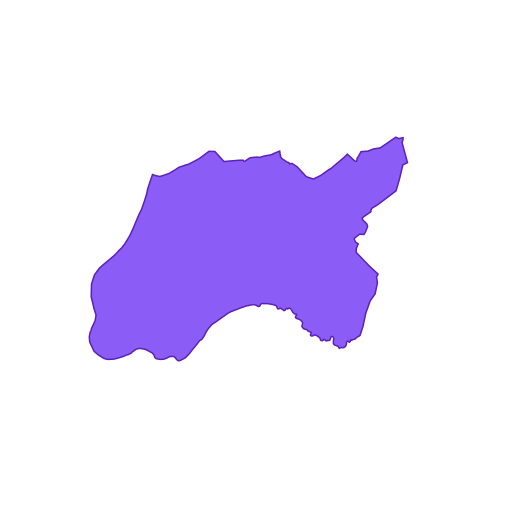 outline of Bani Sa'd, Al Mahwit, Yemen, rotated 57°
{"feature_id": "15242507B10684657615911", "entity_name": "Bani Sa'd", "entity_type": "district", "adm_level": 2, "iso_a3": "YEM", "parent_name": "Yemen", "parent_adm1": "Al Mahwit", "projection": "mercator", "projection_center": [43.545, 15.235], "detail": "fine", "context": "isolated", "style": "filled", "palette": "violet", "viewbox_px": 512, "rotation_deg": 57, "n_neighbors": 0, "source": "geoboundaries", "source_scale": "gbopen_adm2", "svg_char_len": 6086}
<svg xmlns="http://www.w3.org/2000/svg" viewBox="0 0 512 512"><g transform="rotate(57 256 256)"><path d="M253.2,442.1L255.0,441.2L256.0,440.8L256.8,440.4L257.8,440.0L258.7,439.5L259.3,439.1L259.5,439.0L260.2,438.4L261.0,437.7L261.7,436.9L262.4,436.1L262.8,435.2L263.4,434.3L263.8,433.5L264.4,432.6L264.8,431.8L265.2,431.0L265.5,430.1L265.9,429.1L266.2,428.2L266.5,427.4L266.7,426.3L267.0,425.3L267.3,424.3L267.5,423.7L267.6,423.3L267.9,422.3L268.1,421.4L268.2,420.4L268.4,419.4L268.5,418.4L268.9,417.6L269.2,416.7L269.2,415.7L269.4,414.6L269.4,413.7L269.2,412.7L269.1,411.5L269.1,410.6L269.0,409.7L269.0,408.7L268.9,407.8L269.0,406.8L269.4,405.8L269.8,404.7L270.2,403.9L270.8,402.9L271.2,402.6L271.7,402.2L272.3,401.4L273.0,400.7L273.7,399.9L274.5,399.4L275.2,398.9L275.6,398.7L276.0,398.4L276.9,398.0L277.7,397.5L278.5,397.1L279.3,396.7L280.1,396.2L281.0,395.8L281.5,395.7L282.5,395.6L282.9,395.5L283.4,395.5L283.9,395.6L284.8,395.8L285.7,396.1L286.6,396.0L287.5,395.8L288.3,395.1L289.2,394.1L289.9,393.4L290.7,392.4L291.2,391.6L291.5,390.9L291.8,390.5L292.3,389.5L292.6,388.5L292.8,387.7L293.0,386.8L293.1,385.8L293.2,384.8L293.3,383.8L293.7,382.6L294.1,381.7L294.7,380.8L295.3,380.0L295.8,379.6L296.1,379.4L296.5,379.3L297.0,379.2L297.9,379.1L298.9,379.0L299.8,378.9L300.8,378.6L301.6,378.1L302.0,377.5L302.1,377.1L302.4,376.2L302.5,375.3L302.5,374.3L302.7,373.3L302.7,372.3L302.8,371.2L302.8,370.3L302.6,369.5L301.7,365.5L299.7,359.6L298.8,356.7L297.8,353.6L296.3,349.4L296.3,348.2L296.3,346.9L296.1,346.0L295.7,345.1L295.2,343.9L294.9,343.3L294.8,343.0L294.2,341.9L293.6,341.1L293.5,340.8L293.2,340.3L292.7,339.4L292.2,338.5L292.1,338.1L291.8,337.5L291.3,336.5L291.0,335.5L290.6,334.6L290.4,333.5L290.1,332.6L289.8,331.6L289.6,330.7L289.5,329.7L289.4,328.7L289.4,327.6L289.4,327.4L289.4,326.5L289.4,325.6L289.4,324.6L289.3,323.6L289.2,322.7L289.2,321.8L289.2,320.8L289.1,319.9L289.1,318.8L289.0,317.9L289.0,316.9L289.0,315.7L289.0,314.8L288.8,313.7L288.8,312.8L288.8,311.9L288.7,310.8L288.8,309.6L289.0,308.4L289.0,307.5L289.2,306.5L289.4,305.6L289.6,304.6L289.8,303.6L290.0,302.6L290.3,301.6L290.5,300.5L290.7,299.4L290.9,298.3L291.1,297.4L291.3,296.5L291.3,296.3L291.7,295.1L292.0,293.9L292.2,293.0L292.4,292.0L292.8,290.9L293.3,289.7L293.7,288.7L294.0,287.7L294.4,286.7L294.8,285.9L294.9,285.7L295.5,284.7L295.9,283.9L296.6,283.2L297.2,282.9L297.5,282.7L298.4,282.3L299.2,281.8L299.9,281.2L300.1,280.2L299.6,279.4L299.1,278.6L299.0,277.7L299.2,276.7L299.8,275.9L300.4,275.1L300.9,274.3L301.6,273.2L302.1,272.4L302.8,271.7L303.4,271.0L304.1,270.2L304.8,269.5L305.5,268.7L306.3,268.0L307.1,267.3L307.8,266.7L308.6,266.2L309.5,266.0L310.3,266.3L311.2,266.6L312.2,266.5L312.7,265.7L312.9,264.8L313.2,263.9L314.2,263.4L315.2,263.0L316.1,262.6L317.0,262.4L317.3,261.5L317.1,260.5L316.7,259.7L316.7,258.6L317.7,258.2L317.7,257.2L317.8,256.9L318.0,256.3L318.8,255.9L319.8,255.6L320.7,255.6L321.7,255.7L322.2,255.8L322.7,255.8L323.7,255.7L324.6,255.5L325.4,255.3L326.1,254.6L326.7,253.9L327.6,254.0L327.9,255.0L328.3,255.9L329.1,256.3L329.3,256.3L330.2,256.2L331.3,255.4L332.0,254.7L332.8,254.2L333.6,253.7L334.2,253.5L334.5,253.4L335.5,253.3L335.8,253.3L336.4,253.2L337.4,253.3L338.2,253.9L338.8,254.6L339.4,255.3L340.1,255.9L341.1,255.9L342.1,255.8L343.0,255.6L344.0,254.9L344.7,254.2L345.4,253.5L346.3,253.3L347.2,253.3L348.2,252.7L349.0,252.1L349.8,251.5L350.7,251.6L351.1,252.4L351.6,253.2L352.5,253.5L353.3,253.0L353.9,252.0L354.0,250.9L354.2,250.0L354.7,249.1L355.5,248.6L356.4,248.2L357.3,247.9L359.0,247.2L359.3,247.2L359.9,247.1L360.9,247.4L361.8,247.7L362.7,247.2L363.2,246.3L363.2,245.4L362.7,244.7L363.3,244.0L364.3,243.8L365.2,243.5L365.8,242.8L365.8,241.9L366.6,240.9L366.8,240.0L366.3,239.2L365.7,238.4L365.1,237.6L364.6,236.8L365.0,235.9L365.8,235.5L366.7,235.4L367.6,235.9L368.4,236.5L369.2,237.1L369.8,237.7L370.6,238.2L371.3,238.7L371.8,238.8L372.3,238.8L373.3,238.6L374.1,238.1L374.8,237.5L375.3,237.2L375.6,237.1L376.1,236.4L377.1,236.3L377.9,236.6L378.9,236.2L378.9,235.2L379.2,234.3L379.9,233.6L380.4,232.8L380.5,231.9L380.6,231.7L380.7,230.8L380.4,229.9L379.9,229.1L379.3,228.4L378.6,227.7L377.7,227.1L377.2,226.1L377.5,225.2L377.8,225.1L378.4,225.0L379.2,224.6L379.1,223.7L378.6,223.0L378.1,222.1L378.6,221.7L378.4,221.6L379.6,218.4L379.1,215.5L379.3,214.1L379.3,213.5L379.3,212.0L373.1,204.4L363.7,195.0L355.7,184.5L352.7,176.8L344.8,168.9L339.2,166.3L337.7,163.5L324.8,166.7L314.3,168.7L311.7,169.2L308.0,169.9L307.2,169.8L304.3,167.7L301.5,163.7L298.6,164.9L295.2,164.5L294.6,162.6L294.1,157.2L296.7,153.8L295.7,151.5L292.2,146.4L289.7,145.6L286.8,146.1L284.6,146.7L282.2,146.6L281.7,144.2L281.5,135.5L280.1,134.6L279.9,134.2L279.6,133.7L279.1,132.7L279.3,126.1L277.6,103.0L269.9,94.1L259.6,83.2L260.2,78.1L240.4,71.7L238.4,69.2L237.0,68.5L236.8,68.3L235.6,71.4L235.5,72.1L232.5,74.1L233.0,92.9L230.2,99.2L228.9,105.3L226.0,110.4L225.8,110.7L225.7,111.1L228.8,117.0L228.9,117.7L230.7,119.3L231.1,119.8L231.1,120.6L230.3,121.3L229.2,121.7L220.3,123.9L221.3,128.6L223.6,146.7L223.2,146.9L223.2,147.0L223.3,149.4L223.7,157.9L223.0,163.3L222.7,165.9L216.9,170.6L203.6,172.9L197.9,175.4L197.1,177.6L195.6,177.6L194.4,178.7L190.3,180.4L188.3,181.3L187.8,181.2L186.3,181.5L184.8,180.5L183.1,180.2L182.6,179.7L180.9,179.0L179.6,185.8L179.7,186.4L179.2,188.5L176.3,195.6L175.5,198.9L173.5,201.4L170.6,206.9L170.3,208.3L170.5,213.7L169.5,214.7L168.7,214.6L166.5,218.0L159.3,231.4L145.9,233.6L142.6,238.4L143.4,250.7L142.3,262.7L141.5,264.9L139.6,272.5L139.7,277.0L139.6,279.0L139.4,284.1L137.4,291.9L136.7,293.6L133.9,296.4L131.3,298.4L138.6,307.7L140.7,310.3L144.3,313.8L147.6,317.8L147.8,317.9L154.7,326.8L157.2,331.2L162.5,339.0L165.9,343.9L170.3,351.0L174.5,359.8L176.1,364.4L176.2,365.0L176.6,367.6L177.2,369.7L177.3,370.0L177.6,371.2L177.9,372.5L178.4,374.9L178.6,376.4L178.7,377.3L179.5,383.8L180.2,389.7L180.9,393.9L183.8,401.7L189.9,409.2L200.4,416.4L212.2,420.6L218.4,422.3L222.5,426.0L227.3,433.6L229.0,435.1L229.3,436.3L232.8,439.7L236.0,441.5L237.6,442.3L247.8,443.7L250.5,442.9L253.2,442.1Z" fill="#8b5cf6" stroke="#5b21b6" stroke-width="1.5"/></g></svg>